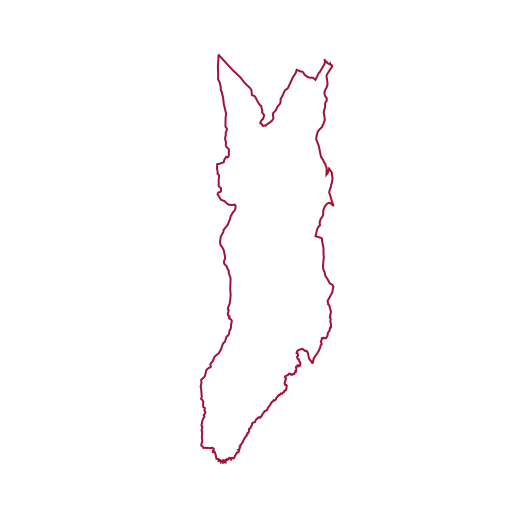 outline of San Pedro de Pelileo, Tungurahua, Ecuador, rotated 196°
{"feature_id": "8360857B2847558667695", "entity_name": "San Pedro de Pelileo", "entity_type": "district", "adm_level": 2, "iso_a3": "ECU", "parent_name": "Ecuador", "parent_adm1": "Tungurahua", "projection": "equal_earth", "projection_center": [-78.53, -1.357], "detail": "fine", "context": "isolated", "style": "outline", "palette": "rose", "viewbox_px": 512, "rotation_deg": 196, "n_neighbors": 0, "source": "geoboundaries", "source_scale": "gbopen_adm2", "svg_char_len": 6071}
<svg xmlns="http://www.w3.org/2000/svg" viewBox="0 0 512 512"><g transform="rotate(196 256 256)"><path d="M165.3,199.3L165.7,201.9L164.7,204.8L165.1,207.0L164.9,207.5L164.3,207.7L164.2,208.2L165.8,212.6L166.6,213.6L166.7,215.8L168.2,217.5L167.8,218.7L168.4,219.3L168.5,223.0L172.0,228.7L173.6,229.7L173.6,230.5L174.8,232.4L172.6,242.4L173.1,246.1L173.0,247.6L174.4,249.3L177.5,250.0L181.3,253.9L183.9,256.0L185.6,259.4L187.7,261.8L188.8,264.5L190.6,274.0L191.7,276.7L193.3,282.2L196.8,289.0L197.2,290.5L197.9,291.3L204.2,291.5L204.6,298.0L204.5,299.3L203.8,302.0L202.9,303.2L203.8,304.8L204.1,306.4L204.1,309.3L202.7,313.6L203.9,318.5L203.7,321.6L202.5,325.1L201.1,326.9L199.3,327.3L195.7,325.9L195.6,326.2L197.8,328.9L200.7,333.7L203.2,337.2L203.4,340.6L203.1,342.9L203.4,345.7L203.2,347.7L204.0,352.4L205.4,354.8L205.7,356.4L206.3,357.2L209.8,360.2L209.9,355.5L210.7,353.6L212.3,360.1L214.4,362.6L214.8,363.9L216.1,364.4L217.6,366.5L220.9,369.3L226.2,379.5L230.1,384.4L230.5,385.4L230.8,387.8L230.9,392.4L229.8,395.3L227.9,398.5L228.0,400.3L227.6,401.5L227.4,405.8L228.6,408.8L230.6,412.8L230.7,418.8L231.5,420.9L231.5,423.2L230.8,424.8L231.5,427.1L233.6,428.8L235.0,431.0L235.4,433.6L234.6,437.2L234.5,440.4L235.7,443.8L237.9,448.5L237.9,449.6L237.0,452.9L235.0,459.2L235.7,460.3L236.9,460.4L237.9,461.7L238.4,460.7L240.7,461.1L241.5,462.1L242.1,462.0L244.6,464.0L243.1,462.0L243.2,458.9L245.3,450.7L246.2,449.0L247.4,441.7L250.3,443.1L253.7,442.2L255.7,442.3L259.1,443.5L261.3,445.5L262.3,445.9L264.6,445.7L268.2,446.2L268.3,442.7L269.8,438.0L271.5,426.8L271.8,425.8L273.8,423.2L274.4,420.6L274.4,418.8L275.6,413.7L274.9,410.9L274.8,409.3L276.5,405.5L277.2,401.3L278.9,398.1L278.8,396.7L277.3,393.4L277.4,392.1L278.0,390.4L279.7,387.9L282.4,384.7L282.7,383.8L283.8,383.8L284.8,383.1L285.6,383.1L286.6,384.4L288.5,384.8L288.6,385.6L288.1,388.2L287.0,389.8L286.9,393.2L287.6,394.3L289.7,395.6L290.0,396.4L289.9,397.5L291.6,399.9L292.3,401.6L293.9,402.2L295.8,403.7L300.7,408.8L301.7,409.3L304.3,409.6L306.1,414.2L306.5,414.6L308.2,415.9L314.7,419.3L320.2,423.4L329.4,428.1L347.8,439.3L347.3,438.6L344.8,427.4L342.8,421.5L341.2,415.5L338.8,412.9L336.6,409.0L335.4,405.4L334.4,404.6L331.2,399.0L328.8,393.1L323.9,384.4L323.4,380.8L321.1,372.1L319.1,370.4L318.8,369.7L319.0,365.7L318.4,364.2L318.2,360.7L317.4,358.9L316.2,357.2L315.7,354.5L315.2,353.6L314.6,352.8L311.8,351.3L310.8,349.4L310.7,347.9L310.0,346.0L309.9,343.7L310.6,342.9L312.0,343.1L313.0,339.9L312.8,337.3L316.3,334.7L318.6,333.6L317.6,329.3L316.1,326.4L315.6,324.4L314.2,323.8L313.5,322.9L312.7,317.9L311.6,315.1L311.6,314.0L310.8,312.6L308.4,311.6L308.1,311.0L307.5,308.6L307.7,308.0L309.5,306.8L310.0,305.7L309.9,304.7L305.1,300.4L301.4,300.1L298.7,298.6L296.3,297.8L293.2,298.4L290.6,299.5L289.7,298.9L289.2,297.5L288.9,295.7L289.1,293.9L290.3,291.4L291.3,287.3L291.2,284.4L291.7,278.5L294.3,272.2L294.0,270.2L295.2,265.0L294.6,260.3L294.0,258.4L292.7,256.4L291.0,255.2L288.6,252.7L285.4,246.5L285.1,245.0L285.3,242.0L285.0,240.8L284.2,239.6L281.2,237.9L280.2,236.1L278.1,234.4L277.5,232.0L274.6,228.2L274.1,226.9L271.6,216.8L269.7,211.8L269.1,209.1L268.2,203.1L268.6,198.9L268.4,197.2L267.3,196.5L267.2,192.7L266.9,191.9L266.0,191.0L264.8,190.8L264.6,189.7L264.9,189.2L264.6,188.6L262.6,188.1L261.5,187.3L261.1,185.4L261.2,183.1L260.3,180.4L260.3,179.0L260.9,176.9L260.5,173.8L260.9,171.9L262.1,170.4L262.2,165.0L263.2,163.7L263.7,162.1L263.9,156.2L265.1,152.1L268.0,148.1L268.6,143.1L270.0,140.0L270.0,139.1L268.9,137.3L269.0,136.4L270.4,135.6L271.9,133.5L272.3,132.2L272.0,126.8L272.5,125.2L274.6,122.0L273.5,119.0L273.2,115.1L272.2,113.3L269.3,105.7L269.5,103.6L267.7,102.7L266.5,101.4L265.6,97.3L264.9,96.3L263.2,95.7L262.9,93.0L261.6,92.0L261.5,91.1L262.4,88.6L261.3,87.3L261.3,86.8L262.0,85.3L262.1,83.0L261.8,78.8L261.7,78.1L260.5,76.9L260.2,73.1L259.3,72.6L259.2,71.1L258.6,69.9L258.3,67.5L256.6,63.1L256.6,59.6L256.3,58.7L254.9,58.2L253.6,57.0L251.9,57.8L250.5,57.8L249.3,58.4L247.6,58.4L245.7,59.5L244.5,59.5L243.5,59.1L243.2,58.7L243.8,56.6L243.4,55.6L241.9,56.4L240.1,54.1L238.1,50.1L235.7,50.4L235.4,50.1L235.7,49.3L235.5,48.6L234.1,49.7L232.9,48.0L232.3,49.7L231.8,50.3L230.7,50.0L230.5,48.3L229.5,48.9L230.3,49.9L230.4,50.8L229.4,50.8L228.5,50.0L228.8,51.7L228.1,52.6L227.5,52.0L227.1,52.2L226.0,54.7L225.3,54.7L224.0,53.4L223.4,55.4L222.0,55.2L221.4,55.7L221.1,58.1L220.0,62.0L218.9,62.3L218.6,64.1L219.7,64.8L218.9,65.3L218.6,66.6L219.2,68.1L219.2,68.4L218.5,68.6L218.9,70.0L218.5,70.5L217.3,74.0L217.4,74.9L216.7,78.0L216.2,78.8L216.2,79.8L215.5,80.6L215.6,81.8L215.0,82.1L215.4,83.6L214.4,84.3L214.4,85.8L215.0,87.7L214.8,88.3L213.9,88.9L213.9,90.4L213.3,92.1L213.7,93.8L212.7,95.2L211.2,96.0L211.1,97.6L210.5,99.6L209.6,100.3L209.2,101.5L207.9,102.1L207.4,101.7L207.2,102.0L206.9,103.2L206.2,104.3L206.3,105.6L205.3,107.7L205.1,109.2L203.4,110.2L203.3,110.8L202.7,111.4L202.8,112.4L202.5,113.9L201.5,116.1L200.6,120.0L199.9,120.5L199.3,122.3L198.4,122.2L197.8,122.8L197.3,124.1L197.4,125.1L196.9,125.8L196.8,126.8L196.0,127.6L195.8,128.7L195.0,128.8L194.4,130.6L193.2,130.6L192.8,131.0L192.5,132.1L191.6,133.0L191.6,134.4L190.5,134.8L190.2,136.1L190.6,139.5L191.3,140.4L192.3,140.1L193.4,141.5L193.6,143.9L193.3,146.4L194.8,147.6L194.8,148.3L192.0,151.0L191.7,152.1L190.7,152.2L190.1,151.7L189.6,152.0L188.6,151.6L188.0,152.6L186.8,153.0L186.8,154.2L185.7,155.6L186.5,156.4L185.9,157.0L185.8,157.7L187.0,160.4L186.5,161.0L185.3,161.4L185.9,162.3L185.1,162.7L183.7,162.4L183.4,163.0L183.5,163.9L183.8,164.4L183.7,165.1L185.0,166.6L185.6,166.9L186.2,168.3L186.8,168.2L187.6,168.7L188.8,170.3L188.1,171.8L189.1,173.8L190.2,173.8L190.2,175.9L189.0,177.5L185.8,179.6L182.5,178.2L181.9,178.7L181.2,178.8L179.3,177.0L176.7,171.9L173.9,170.0L173.0,168.9L172.2,168.8L171.8,169.9L172.3,171.4L172.1,172.5L172.4,173.6L171.7,174.9L171.3,176.9L170.8,177.7L169.6,181.9L169.3,183.2L169.4,184.5L169.0,185.4L169.3,187.9L168.6,189.1L168.6,189.6L170.1,191.6L169.8,193.6L170.1,195.2L168.7,196.0L168.0,195.5L167.3,196.1L166.0,196.3L165.3,199.3Z" fill="none" stroke="#9f1239" stroke-width="2"/></g></svg>